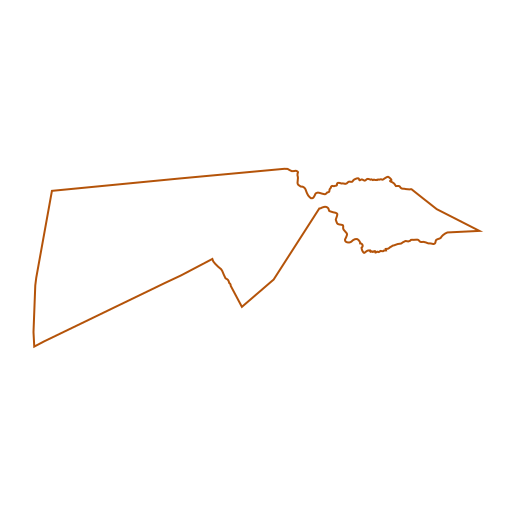 the district of Santa Maria del Real, Olancho, Honduras, rotated 269°
{"feature_id": "27666195B43578423594427", "entity_name": "Santa Maria del Real", "entity_type": "district", "adm_level": 2, "iso_a3": "HND", "parent_name": "Honduras", "parent_adm1": "Olancho", "projection": "natural_earth1", "projection_center": [-85.945, 14.782], "detail": "fine", "context": "isolated", "style": "outline", "palette": "amber", "viewbox_px": 512, "rotation_deg": 269, "n_neighbors": 0, "source": "geoboundaries", "source_scale": "gbopen_adm2", "svg_char_len": 6064}
<svg xmlns="http://www.w3.org/2000/svg" viewBox="0 0 512 512"><g transform="rotate(269 256 256)"><path d="M266.8,360.4L266.7,361.2L266.0,362.2L265.3,362.6L264.9,362.8L264.5,362.8L263.7,362.7L263.0,362.3L262.5,361.7L262.3,361.7L262.0,361.7L260.6,362.0L259.6,362.3L258.2,363.1L257.7,363.5L257.4,363.8L257.3,364.3L257.3,364.5L258.1,365.6L258.8,366.5L259.1,367.0L259.4,367.7L259.5,368.0L259.6,368.6L259.5,369.2L259.4,369.4L259.6,369.7L259.6,370.0L259.6,370.3L259.4,370.5L258.9,370.5L258.4,370.4L258.2,370.6L258.3,371.1L258.6,371.5L258.6,371.9L258.6,372.1L258.4,372.3L258.1,372.5L258.0,372.9L258.1,373.2L258.6,373.8L258.8,374.6L258.8,374.9L258.8,375.1L258.7,375.2L258.5,375.3L257.9,375.3L257.5,375.3L257.4,375.4L257.4,375.5L257.4,375.8L257.6,376.2L257.8,376.8L258.2,377.3L258.2,377.5L258.0,378.2L257.8,378.6L257.8,378.8L258.2,379.7L258.5,380.0L258.8,380.3L258.9,380.5L258.8,381.1L258.6,382.3L258.6,382.9L258.6,383.2L258.7,383.5L258.9,383.7L259.2,383.9L259.3,384.2L259.3,385.1L259.3,386.1L260.7,385.8L260.8,385.8L260.9,387.7L261.0,388.0L261.1,388.4L261.8,389.5L262.7,390.5L262.8,390.7L262.8,391.0L263.1,391.5L263.6,392.3L263.9,392.7L264.0,392.9L264.2,394.1L265.5,397.9L265.9,401.2L266.1,401.6L267.2,403.2L267.7,404.3L268.2,405.3L268.3,405.7L268.4,406.0L268.3,406.4L268.0,407.9L267.9,408.6L268.2,409.4L268.5,410.3L268.8,410.6L269.3,411.1L269.4,411.3L269.4,411.6L269.5,412.3L269.4,413.5L269.5,416.5L269.5,417.6L269.4,418.1L269.2,418.6L268.6,419.2L267.6,420.1L267.4,420.5L267.2,420.9L267.1,421.6L267.2,424.0L266.9,424.8L266.7,425.8L265.8,428.0L265.6,428.6L265.6,429.0L265.5,430.9L265.2,432.2L264.9,433.4L264.9,433.9L265.1,434.4L265.3,434.8L265.5,435.1L265.9,435.4L266.4,435.6L268.4,436.1L268.7,436.3L269.0,436.6L269.2,436.9L269.5,437.6L269.8,438.3L270.2,439.7L270.7,440.7L271.0,441.1L271.8,441.6L272.5,442.2L273.0,442.7L273.6,443.3L275.2,445.6L276.2,447.8L277.2,479.8L299.7,437.5L310.7,424.0L320.0,412.7L320.1,412.0L319.9,410.7L320.0,409.7L320.2,408.0L320.3,406.8L320.6,405.8L320.8,403.4L321.0,402.8L321.4,402.2L322.0,401.6L322.9,401.0L323.2,400.7L323.3,400.3L323.5,399.9L323.5,399.5L323.5,398.5L323.5,397.3L323.5,397.1L324.2,396.6L325.3,395.9L325.9,395.5L326.3,395.0L326.7,394.5L327.5,393.3L328.0,392.1L328.4,391.5L328.6,391.4L328.7,391.5L328.8,391.8L329.0,392.3L329.2,392.6L329.6,392.7L330.0,392.6L330.8,392.0L331.8,391.0L332.6,390.0L332.8,389.7L332.8,389.4L332.8,388.8L332.4,387.8L331.3,385.9L330.4,384.6L330.1,383.9L330.1,383.5L330.4,382.9L330.5,382.2L330.5,381.7L330.2,380.7L330.2,380.0L330.4,379.4L330.3,379.1L329.9,378.6L329.8,378.3L329.8,378.2L330.0,378.0L330.0,377.8L330.0,377.5L329.9,376.9L329.9,376.5L330.0,376.1L330.2,375.7L330.3,375.3L330.2,374.8L329.9,374.4L329.9,374.0L330.0,373.9L330.3,373.4L330.6,372.9L330.6,372.6L330.3,371.9L331.0,370.0L331.1,369.3L331.1,368.7L330.9,368.2L329.8,366.8L329.6,366.4L329.5,366.1L329.5,365.8L329.6,365.5L330.5,363.8L330.7,363.2L330.7,362.9L330.6,362.6L330.4,362.1L330.0,361.4L329.9,361.0L330.0,360.8L330.1,360.7L331.2,360.3L331.6,360.0L331.8,359.8L331.9,359.6L331.9,358.9L331.8,358.2L331.5,357.3L331.1,356.3L330.7,355.5L330.1,354.7L329.0,353.9L328.7,353.6L328.6,353.4L328.5,353.1L328.5,352.6L328.5,352.2L328.6,351.6L328.7,351.1L328.7,350.4L328.6,350.1L328.5,349.8L328.1,349.2L327.8,348.8L327.3,348.4L327.1,348.1L326.9,347.6L326.7,347.1L326.6,346.7L326.6,346.2L326.7,345.9L326.9,345.2L327.0,344.3L327.1,343.6L327.0,342.9L327.0,342.6L327.1,342.3L327.4,341.6L327.6,340.8L327.7,340.0L327.7,339.3L327.4,338.7L327.0,338.4L326.5,338.2L326.0,338.2L325.7,338.2L325.3,338.0L325.1,337.8L324.9,337.3L324.8,336.3L324.5,335.5L324.5,334.6L324.7,333.7L324.7,333.4L324.6,333.0L324.3,332.6L324.1,332.4L323.8,332.2L323.5,332.1L323.1,332.1L322.8,331.9L322.0,331.2L321.2,330.7L320.9,330.7L320.3,330.6L319.8,330.5L319.3,330.4L319.0,330.2L318.7,329.9L318.4,328.9L318.2,328.2L317.5,327.6L317.1,327.1L316.9,326.8L316.6,326.2L316.6,325.9L316.6,325.5L317.3,322.8L317.8,321.3L318.2,319.8L318.3,318.9L318.1,318.1L317.8,317.3L317.5,316.8L317.2,316.6L316.8,316.3L315.8,315.9L314.4,315.1L313.4,314.4L313.1,314.0L312.9,313.6L312.8,313.2L312.8,312.7L312.8,312.0L313.1,311.6L313.9,310.7L315.5,309.3L316.8,308.6L318.3,307.9L320.8,307.0L321.7,306.7L322.6,306.2L323.2,305.7L323.9,304.9L324.4,304.0L324.6,303.3L324.6,302.2L324.8,301.8L325.4,300.9L326.2,299.8L326.6,299.4L327.1,299.1L327.7,298.9L328.5,298.8L331.4,299.1L333.3,299.3L334.5,299.2L335.7,298.9L336.4,298.9L337.8,299.0L338.4,299.3L338.7,299.4L339.2,299.4L339.5,299.2L339.9,298.8L340.1,298.3L340.4,297.7L340.5,297.1L340.5,296.9L340.3,295.8L340.2,294.4L340.2,293.8L340.2,293.3L340.6,292.5L341.3,291.1L342.3,289.5L342.5,289.0L342.6,288.6L342.6,287.3L342.7,286.0L334.8,180.5L324.7,53.1L238.1,35.9L230.5,34.8L183.8,32.2L169.3,32.7L174.4,42.8L230.5,164.2L237.8,180.5L253.8,212.3L252.6,212.7L251.3,213.2L249.0,215.0L246.0,217.9L243.4,220.9L241.6,222.0L237.8,223.5L234.3,225.1L233.8,225.8L233.3,226.7L232.6,227.5L231.6,228.1L230.4,228.5L229.4,228.8L229.1,229.2L228.7,229.6L228.2,229.9L227.6,230.1L226.6,230.2L205.4,241.0L230.3,271.0L232.1,273.2L302.4,320.1L302.4,320.6L302.6,321.5L303.2,322.7L303.6,323.9L303.9,325.1L304.0,325.9L303.9,326.7L303.7,327.4L303.2,328.3L302.8,328.7L302.4,329.1L301.9,329.3L300.3,329.8L299.7,330.1L299.3,331.1L298.4,333.8L298.0,335.6L297.8,336.4L297.3,337.3L297.1,337.6L296.8,337.8L296.5,338.0L296.1,338.0L295.0,337.8L294.1,337.5L291.3,336.5L290.9,336.4L289.0,337.0L287.7,337.5L287.3,337.7L286.9,338.0L286.6,338.4L286.4,338.9L286.1,339.8L285.8,341.6L285.6,342.4L285.4,343.1L285.1,343.5L284.7,343.6L284.0,343.7L283.4,343.7L282.7,343.6L282.3,343.6L281.6,343.8L281.1,343.9L280.4,344.4L277.4,346.9L277.1,347.1L276.6,347.3L276.3,347.4L275.9,347.4L274.8,347.1L273.1,346.4L271.6,345.6L270.9,345.3L270.3,345.3L269.8,345.4L269.3,345.6L268.9,345.9L268.6,346.3L268.4,346.6L268.2,347.1L268.0,347.8L267.9,348.9L267.9,349.5L268.0,350.0L268.3,350.9L268.7,351.6L269.2,352.2L270.0,353.1L270.6,354.2L271.0,355.0L271.1,355.6L271.2,356.3L271.2,356.9L271.1,357.5L270.8,358.0L270.3,358.6L269.8,359.1L268.8,359.8L267.8,360.3L267.2,360.5L266.8,360.4Z" fill="none" stroke="#b45309" stroke-width="2"/></g></svg>